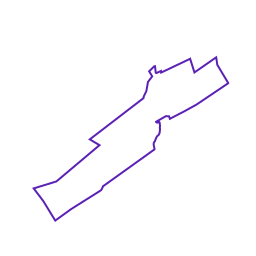 Santo Domingo Chihuitán, Oaxaca, Mexico, rotated 235°
{"feature_id": "50627088B14972424911021", "entity_name": "Santo Domingo Chihuitán", "entity_type": "district", "adm_level": 2, "iso_a3": "MEX", "parent_name": "Mexico", "parent_adm1": "Oaxaca", "projection": "equal_earth", "projection_center": [-95.174, 16.63], "detail": "fine", "context": "isolated", "style": "outline", "palette": "violet", "viewbox_px": 256, "rotation_deg": 235, "n_neighbors": 0, "source": "geoboundaries", "source_scale": "gbopen_adm2", "svg_char_len": 1211}
<svg xmlns="http://www.w3.org/2000/svg" viewBox="0 0 256 256"><g transform="rotate(235 128 128)"><path d="M132.6,16.1L116.8,16.7L93.9,15.3L94.2,35.0L92.5,69.8L92.7,70.9L93.9,73.1L94.6,74.0L95.3,137.4L96.2,138.0L97.1,138.4L98.7,139.0L99.8,139.6L100.7,140.3L101.4,141.2L101.7,142.4L102.2,143.1L103.4,144.9L104.2,146.2L104.6,147.5L104.7,148.4L104.8,149.3L105.3,150.1L105.4,150.3L105.8,151.0L106.8,151.9L107.5,152.5L108.7,153.6L110.0,154.2L111.3,155.4L112.4,156.0L114.3,157.0L115.3,157.0L115.6,156.7L115.3,155.8L115.7,154.9L116.3,154.5L116.7,154.5L117.0,154.6L116.0,165.7L114.1,168.3L112.2,167.8L111.5,167.6L111.3,169.5L111.0,171.4L110.7,173.9L110.5,175.0L110.3,176.5L110.3,176.9L110.1,178.4L109.8,180.3L109.8,180.5L109.5,182.7L109.2,185.2L109.0,187.1L108.8,189.0L107.9,197.5L107.2,235.7L107.7,235.9L118.7,236.7L128.6,237.4L134.3,240.3L135.3,240.7L135.4,214.3L149.1,218.6L149.1,218.2L149.2,217.7L154.4,186.9L155.7,187.4L155.8,187.5L156.6,183.5L156.7,182.9L157.3,182.4L159.2,183.4L163.1,185.6L163.5,184.9L162.3,177.8L158.4,177.6L156.4,177.4L154.3,170.8L147.8,164.3L144.6,158.7L143.6,157.9L143.5,156.4L143.5,156.0L140.6,90.2L130.3,94.8L125.3,38.7L132.6,16.1Z" fill="none" stroke="#5b21b6" stroke-width="2"/></g></svg>